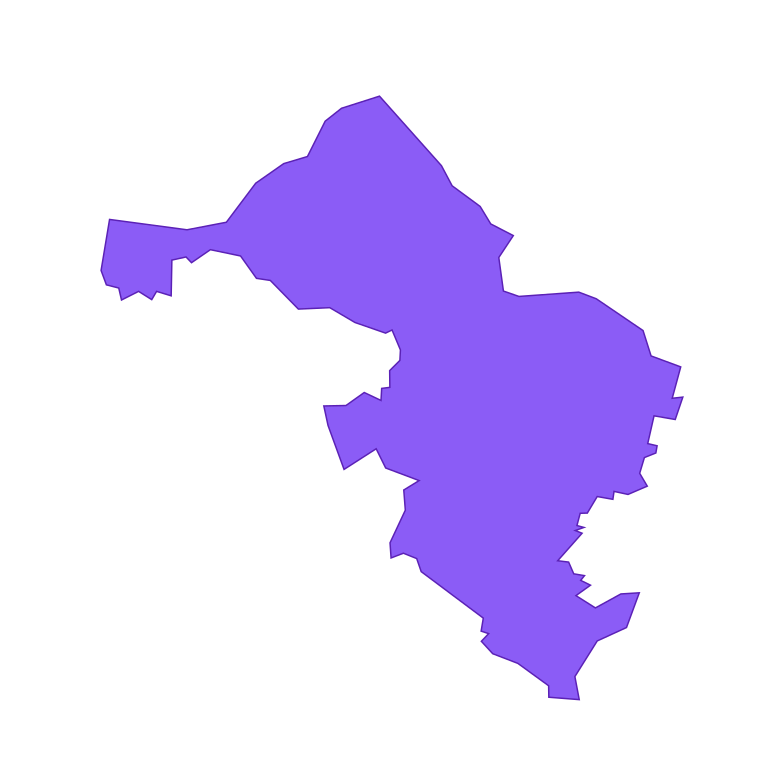 the district of Brvenitsa, Brvenica, North Macedonia, rotated 189°
{"feature_id": "65306769B32864383387565", "entity_name": "Brvenitsa", "entity_type": "district", "adm_level": 2, "iso_a3": "MKD", "parent_name": "North Macedonia", "parent_adm1": "Brvenica", "projection": "robinson", "projection_center": [21.042, 41.888], "detail": "fine", "context": "isolated", "style": "filled", "palette": "violet", "viewbox_px": 768, "rotation_deg": 189, "n_neighbors": 0, "source": "geoboundaries", "source_scale": "gbopen_adm2", "svg_char_len": 1438}
<svg xmlns="http://www.w3.org/2000/svg" viewBox="0 0 768 768"><g transform="rotate(189 384 384)"><path d="M680.8,503.6L681.2,451.9L673.7,438.5L661.0,437.3L656.4,425.9L640.9,437.1L626.6,431.0L623.1,439.9L608.0,437.8L612.9,473.2L599.4,478.5L593.1,473.7L576.5,489.5L545.7,488.0L526.5,468.4L512.5,468.5L480.3,444.6L449.5,450.9L422.3,440.2L390.4,434.5L384.5,438.6L373.1,420.2L372.0,409.8L380.5,398.1L377.7,381.6L385.6,379.3L384.4,367.3L402.2,372.5L418.2,356.8L440.0,352.9L432.8,334.3L410.1,293.4L381.6,318.8L369.2,301.3L334.2,294.1L347.9,282.4L343.2,262.7L353.2,228.1L349.8,213.3L338.4,219.9L324.4,216.7L317.9,204.5L249.3,168.3L249.4,155.1L241.6,153.8L247.6,145.1L234.4,134.6L208.1,129.0L174.2,111.7L172.2,100.4L141.8,102.8L149.7,124.9L133.2,163.6L106.4,181.4L99.2,217.7L117.2,213.7L140.2,195.9L161.3,205.0L148.6,217.6L159.0,220.8L156.0,226.1L166.9,226.2L173.8,237.0L184.8,236.6L165.0,267.6L172.2,269.2L164.1,273.6L171.3,274.4L170.0,287.0L163.0,288.3L155.8,306.2L139.9,305.9L140.0,313.9L125.7,313.1L108.0,324.3L117.5,335.8L115.3,352.1L104.7,358.4L104.6,365.7L114.2,366.4L112.3,394.8L90.8,394.5L86.8,417.8L97.1,415.0L93.6,447.3L124.6,453.5L136.5,477.3L187.7,501.4L206.0,505.2L264.4,491.6L280.6,494.5L290.4,526.9L279.5,550.8L303.6,558.8L316.8,574.4L347.7,590.4L361.4,608.6L433.5,667.6L469.1,649.7L483.2,634.4L495.2,596.7L517.5,586.0L542.1,562.3L565.0,519.1L602.7,505.5L680.8,503.6Z" fill="#8b5cf6" stroke="#5b21b6" stroke-width="1.5"/></g></svg>